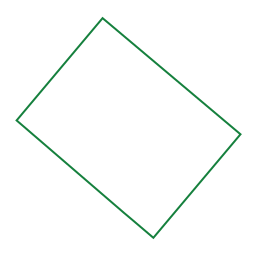 Reagan, Texas, United States of America, rotated 130°
{"feature_id": "52423323B76210058558743", "entity_name": "Reagan", "entity_type": "district", "adm_level": 2, "iso_a3": "USA", "parent_name": "United States of America", "parent_adm1": "Texas", "projection": "robinson", "projection_center": [-101.414, 31.365], "detail": "fine", "context": "isolated", "style": "outline", "palette": "green", "viewbox_px": 256, "rotation_deg": 130, "n_neighbors": 0, "source": "geoboundaries", "source_scale": "gbopen_adm2", "svg_char_len": 243}
<svg xmlns="http://www.w3.org/2000/svg" viewBox="0 0 256 256"><g transform="rotate(130 128 128)"><path d="M195.6,76.5L195.6,67.7L195.8,38.0L60.5,37.8L60.2,218.1L193.8,218.2L195.6,76.5Z" fill="none" stroke="#15803d" stroke-width="2"/></g></svg>